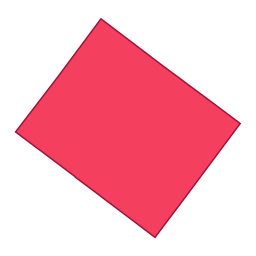 the district of Butler, Kansas, United States of America, rotated 307°
{"feature_id": "52423323B56530624161851", "entity_name": "Butler", "entity_type": "district", "adm_level": 2, "iso_a3": "USA", "parent_name": "United States of America", "parent_adm1": "Kansas", "projection": "albers", "projection_center": [-96.999, 37.782], "detail": "fine", "context": "isolated", "style": "filled", "palette": "rose", "viewbox_px": 256, "rotation_deg": 307, "n_neighbors": 0, "source": "geoboundaries", "source_scale": "gbopen_adm2", "svg_char_len": 445}
<svg xmlns="http://www.w3.org/2000/svg" viewBox="0 0 256 256"><g transform="rotate(307 128 128)"><path d="M198.9,40.7L127.4,41.2L57.2,40.6L57.2,65.5L57.3,75.2L57.3,75.6L57.3,78.0L57.3,90.5L57.3,115.6L57.0,115.6L57.1,140.5L57.1,144.7L57.0,148.8L57.0,157.2L57.0,165.5L57.0,190.4L56.9,202.9L56.9,215.4L81.7,215.4L106.0,215.4L106.3,215.4L199.1,214.9L199.0,177.6L198.6,115.3L198.9,40.7Z" fill="#f43f5e" stroke="#9f1239" stroke-width="1.5"/></g></svg>